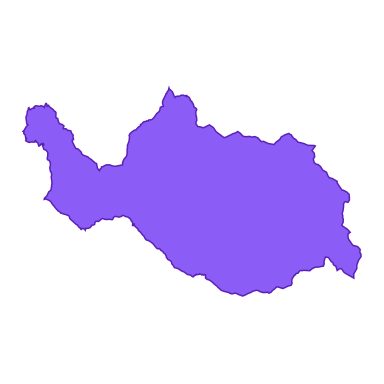 Buces, Hunedoara, Romania
{"feature_id": "2599482B61703406686654", "entity_name": "Buces", "entity_type": "district", "adm_level": 2, "iso_a3": "ROU", "parent_name": "Romania", "parent_adm1": "Hunedoara", "projection": "mercator", "projection_center": [22.959, 46.183], "detail": "fine", "context": "isolated", "style": "filled", "palette": "violet", "viewbox_px": 384, "rotation_deg": 0, "n_neighbors": 0, "source": "geoboundaries", "source_scale": "gbopen_adm2", "svg_char_len": 5944}
<svg xmlns="http://www.w3.org/2000/svg" viewBox="0 0 384 384"><path d="M223.9,291.3L229.0,292.6L229.8,293.3L231.9,293.9L235.5,293.1L239.7,295.0L240.8,295.2L242.2,296.0L244.3,295.5L247.6,293.7L251.2,292.3L252.6,291.3L256.3,290.3L258.2,290.5L259.4,291.4L262.8,292.5L265.9,292.5L267.7,292.1L268.5,293.0L269.1,293.1L271.1,292.2L272.0,291.2L272.2,290.7L274.9,288.7L276.8,286.7L283.0,288.5L288.3,286.0L291.1,285.3L291.9,283.8L292.1,282.8L291.7,281.7L292.0,279.1L294.1,275.7L295.4,274.8L295.2,274.5L296.6,273.3L298.0,273.2L300.0,270.5L302.5,270.7L303.3,270.3L309.8,270.7L312.1,268.7L315.7,267.0L317.5,267.2L323.5,266.1L323.6,265.1L324.2,264.1L324.0,261.6L325.3,257.1L328.4,257.5L331.1,261.4L333.1,263.0L333.2,264.2L334.3,265.5L335.8,266.0L337.2,270.5L339.6,268.7L341.6,268.8L343.8,272.1L345.2,273.2L353.8,278.1L353.7,274.0L356.8,268.6L356.8,264.9L358.9,259.6L361.0,256.7L360.9,254.0L359.9,252.7L360.1,249.4L358.2,247.1L356.8,246.3L353.3,245.5L351.6,243.8L350.3,241.5L348.8,239.7L348.0,237.1L348.0,233.9L350.2,232.3L347.3,229.2L342.4,225.9L341.8,224.8L343.1,222.5L343.3,219.4L342.7,217.4L342.8,216.0L342.2,213.3L342.9,211.2L343.6,206.5L343.5,204.1L344.3,202.4L345.0,201.8L345.8,201.6L347.3,202.3L348.2,202.1L349.4,200.0L349.4,197.5L349.1,194.3L346.6,191.9L343.2,190.2L342.0,190.2L337.3,183.2L337.1,181.3L331.9,178.3L329.4,177.9L327.8,175.6L326.5,172.2L322.7,170.1L320.4,166.4L318.2,164.6L316.0,164.1L314.2,162.6L313.3,159.1L314.7,156.7L314.2,153.2L312.0,150.5L315.3,146.0L314.2,145.5L307.8,145.3L304.1,143.6L297.9,142.1L295.6,139.3L293.6,138.4L291.1,134.7L289.5,134.1L288.9,133.4L285.0,134.8L281.2,137.0L279.8,139.4L276.0,142.2L274.1,144.5L268.5,143.6L263.4,141.3L261.2,141.6L257.8,137.8L254.9,136.6L251.8,137.1L249.6,136.4L246.2,136.7L243.3,136.4L240.1,133.1L237.7,131.5L235.6,132.9L233.4,133.5L226.3,137.0L224.9,137.5L223.7,137.4L216.2,131.8L213.3,127.5L209.4,124.9L203.4,127.8L200.0,126.8L197.6,126.5L196.0,123.6L195.8,122.8L196.8,120.3L196.4,116.2L195.9,114.9L195.8,112.9L196.0,110.9L196.7,109.9L196.7,109.4L196.2,108.5L193.9,106.9L193.7,105.3L192.8,103.2L192.1,102.6L192.2,102.3L191.6,101.2L190.4,100.5L190.3,99.5L189.1,97.3L187.6,96.5L186.3,96.5L186.1,96.2L186.5,95.6L184.7,95.7L182.9,95.1L181.0,95.3L178.7,96.5L177.9,96.1L175.9,96.5L175.1,97.5L174.2,96.2L172.4,91.8L169.3,88.9L169.0,88.0L168.4,90.3L167.0,92.2L166.8,93.2L165.9,93.9L166.0,94.2L163.0,100.3L162.5,102.0L162.6,103.5L162.8,104.5L163.5,106.0L163.2,106.5L162.0,106.5L160.3,107.4L159.7,110.5L158.8,111.8L156.7,113.6L153.9,117.7L152.1,119.4L151.1,119.8L148.9,119.9L148.4,121.0L146.6,120.8L145.3,121.7L144.1,121.6L142.7,122.7L142.0,123.8L140.5,124.5L140.7,125.2L140.2,126.1L138.5,126.9L136.0,129.8L134.0,130.4L131.3,132.4L129.7,134.1L129.1,135.7L129.5,136.6L129.1,140.9L127.4,145.5L127.5,147.6L127.1,149.3L127.1,153.7L126.9,154.9L126.3,156.6L124.2,158.9L123.1,161.1L122.6,162.6L122.6,164.8L115.7,166.3L112.5,166.0L109.9,164.9L106.6,164.8L104.4,165.7L103.2,166.5L101.5,166.9L101.2,168.4L100.2,169.0L99.5,170.7L97.5,168.4L96.5,163.5L94.9,162.8L93.2,161.1L92.4,160.8L91.6,159.6L89.5,158.5L87.8,156.8L83.7,155.4L82.3,154.4L81.6,153.7L81.4,152.5L80.9,151.7L78.0,148.9L75.9,148.5L75.5,148.0L72.5,142.1L72.2,140.3L73.3,139.7L73.6,139.2L72.9,137.0L73.2,135.4L72.9,134.6L71.8,133.6L70.8,130.9L69.7,130.5L67.7,130.4L65.9,128.7L63.5,128.9L63.2,128.5L63.4,127.6L64.0,126.0L62.2,124.5L59.4,123.6L58.2,120.9L57.8,118.6L55.8,117.4L56.0,112.7L55.4,111.6L54.6,111.4L52.9,109.3L49.2,106.6L48.6,105.3L47.9,105.5L47.3,106.1L46.8,104.2L46.1,103.4L45.7,103.6L44.3,107.3L43.8,106.7L41.8,105.9L40.9,105.7L40.0,106.3L36.0,105.8L35.3,105.9L33.8,107.2L34.3,108.2L32.4,108.3L30.4,109.7L29.9,109.1L29.7,109.5L29.3,109.1L28.9,107.7L28.4,108.1L28.2,109.8L27.3,111.4L26.9,115.0L26.0,116.8L26.1,119.1L26.9,124.1L28.0,125.0L26.1,126.8L24.2,130.2L23.0,131.4L24.0,131.8L23.7,133.0L23.9,133.7L25.2,135.0L25.8,138.6L26.2,138.0L26.5,138.3L26.5,139.0L26.1,139.2L26.3,139.7L25.7,140.7L28.1,142.1L29.4,142.4L31.3,142.0L34.9,142.1L35.3,140.6L35.7,140.5L36.9,142.4L37.9,142.9L38.7,146.0L39.1,146.1L40.5,145.0L40.3,144.7L40.6,144.4L41.3,144.4L41.5,143.6L42.1,143.6L42.3,144.0L43.1,144.4L43.4,143.7L43.9,144.4L43.8,144.9L43.2,145.2L42.6,144.6L42.5,145.0L42.7,146.1L43.9,149.4L45.9,150.1L47.8,152.4L47.8,155.1L47.2,158.6L47.5,159.7L49.1,160.4L50.3,162.6L50.4,164.9L49.8,167.9L50.0,169.3L50.4,171.4L50.9,171.8L51.7,174.4L51.2,177.4L51.9,181.1L51.9,183.4L51.1,189.5L50.7,190.4L48.8,191.8L46.9,195.8L44.4,198.3L44.2,199.4L45.8,199.0L49.4,200.5L51.3,202.3L51.8,203.4L56.3,209.0L58.4,211.2L60.3,212.2L60.5,213.0L68.2,215.4L68.9,215.9L70.0,218.8L76.3,224.5L77.5,225.1L78.5,226.7L79.6,227.8L80.3,227.9L80.6,228.9L81.2,229.5L82.8,228.2L84.7,229.4L85.3,230.2L85.7,228.4L88.2,228.3L89.7,227.8L90.7,227.1L91.8,225.3L93.8,224.9L94.4,224.5L94.8,224.1L94.8,222.7L95.9,221.3L98.7,221.4L101.2,219.2L102.6,218.5L105.5,219.5L109.7,219.3L112.1,219.7L112.8,219.2L113.2,217.9L113.6,217.4L115.2,216.3L119.1,217.1L120.9,216.6L122.8,215.5L124.0,215.6L125.5,216.6L127.8,217.0L130.4,219.0L131.4,221.1L132.0,221.3L132.8,223.8L134.2,224.0L134.2,224.5L132.7,224.7L132.4,225.1L132.6,225.5L134.1,225.6L135.1,226.2L136.4,227.7L137.8,228.7L138.4,230.5L140.5,232.2L142.6,235.0L144.1,236.4L145.0,238.4L145.8,239.5L146.9,240.2L148.7,240.6L151.8,242.7L153.5,244.3L156.6,248.2L158.0,248.9L159.6,248.6L160.7,250.3L162.6,251.4L163.6,252.9L165.0,253.8L166.3,256.3L166.4,257.5L167.0,258.0L167.6,259.3L170.6,260.9L171.6,262.0L171.7,263.4L172.1,264.3L173.1,265.3L174.4,267.6L177.4,268.3L182.2,271.3L184.0,271.9L187.6,274.6L189.2,274.7L191.0,275.4L191.9,276.3L193.2,276.9L194.7,275.4L195.9,275.1L196.2,274.8L196.0,274.4L196.1,274.2L197.4,274.6L199.5,274.3L199.7,273.8L200.8,274.1L201.8,275.0L202.3,274.5L203.7,275.1L204.3,274.5L205.6,274.8L205.4,275.8L205.7,276.4L205.4,277.3L205.6,278.2L207.3,279.5L208.4,279.6L210.9,281.0L213.2,282.9L213.7,283.7L214.8,284.3L215.3,285.0L216.8,286.0L217.6,287.0L221.2,290.3L223.9,291.3Z" fill="#8b5cf6" stroke="#5b21b6" stroke-width="1.5"/></svg>